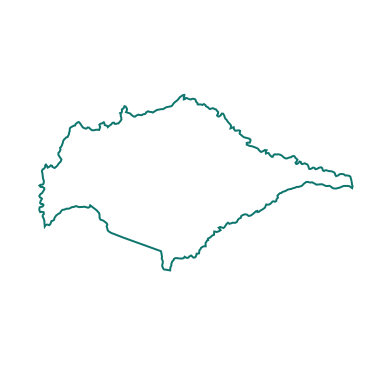 the district of Herval, Rio Grande do Sul, Brazil, rotated 22°
{"feature_id": "56859067B25919241762236", "entity_name": "Herval", "entity_type": "district", "adm_level": 2, "iso_a3": "BRA", "parent_name": "Brazil", "parent_adm1": "Rio Grande do Sul", "projection": "natural_earth1", "projection_center": [-53.366, -32.034], "detail": "fine", "context": "isolated", "style": "outline", "palette": "teal", "viewbox_px": 384, "rotation_deg": 22, "n_neighbors": 0, "source": "geoboundaries", "source_scale": "gbopen_adm2", "svg_char_len": 6010}
<svg xmlns="http://www.w3.org/2000/svg" viewBox="0 0 384 384"><g transform="rotate(22 192 192)"><path d="M265.5,179.1L265.5,175.8L266.7,175.5L267.7,175.0L268.7,174.3L269.5,172.7L270.2,170.7L271.2,170.0L272.5,170.0L273.5,168.9L273.1,167.1L273.8,165.0L272.6,163.5L273.3,161.5L274.0,160.2L275.2,159.4L276.0,157.9L277.3,156.9L278.6,155.7L279.8,154.0L281.5,152.8L283.1,151.8L284.0,150.8L285.6,149.7L287.2,148.0L288.7,147.5L291.2,145.5L291.9,144.3L292.4,142.9L294.0,140.1L295.5,139.3L298.2,138.9L299.7,138.0L303.0,138.3L304.5,138.6L309.6,136.1L311.1,136.1L313.9,136.3L315.2,135.8L317.0,134.8L318.9,135.0L320.8,135.7L322.8,135.4L324.4,134.8L325.6,133.8L327.2,132.7L329.9,130.0L330.8,129.4L334.5,127.9L336.0,127.7L339.0,128.4L338.8,126.7L337.7,125.3L336.9,123.9L335.2,121.2L333.1,118.5L331.8,118.1L329.0,118.7L328.0,119.3L326.7,118.8L325.3,118.8L323.2,119.6L322.2,120.3L321.3,121.9L319.7,123.3L318.3,122.4L317.7,121.4L316.6,120.6L313.8,120.5L310.9,121.4L308.5,121.5L307.4,122.0L306.5,123.1L305.2,122.9L303.8,121.1L302.5,120.7L300.8,121.8L299.0,124.0L297.9,124.6L296.5,123.7L294.9,124.1L294.3,125.2L293.2,126.3L291.9,126.6L289.9,124.2L288.6,123.2L287.3,123.3L285.9,123.1L283.6,124.9L282.4,124.6L281.7,123.4L280.4,123.4L279.9,124.8L279.3,126.2L278.2,127.0L277.0,126.1L277.5,124.6L277.7,122.6L276.5,122.0L275.2,121.7L273.7,120.5L272.5,120.6L271.5,121.5L270.7,122.8L269.5,123.4L268.6,124.2L267.6,125.2L266.2,125.8L264.4,125.6L261.6,124.6L260.1,124.4L259.0,124.5L257.7,124.8L255.9,125.7L254.5,126.1L253.8,127.2L253.7,129.1L252.6,129.5L250.1,128.4L248.4,127.2L247.2,127.7L246.1,128.6L245.3,127.0L245.5,125.4L243.9,125.7L242.4,127.7L241.1,129.0L239.9,128.7L238.6,128.2L237.5,127.4L236.2,127.0L232.4,127.0L230.9,127.1L227.9,127.7L226.7,127.6L225.0,127.6L224.4,125.9L225.6,125.2L227.1,124.6L227.0,122.5L226.4,121.4L224.7,121.1L219.6,121.8L218.2,121.4L214.3,120.1L213.7,117.3L212.5,117.2L209.2,119.0L207.7,118.3L206.4,116.3L203.9,118.5L203.7,116.8L203.1,115.6L201.7,114.8L200.4,114.2L198.9,113.5L197.2,112.2L195.6,111.6L194.4,110.5L193.3,109.1L191.5,107.7L190.2,108.2L189.8,110.5L188.6,112.0L187.5,112.1L186.5,111.5L186.8,109.9L186.3,108.0L184.7,107.3L183.2,106.4L181.5,106.6L180.1,106.4L177.4,108.4L176.3,108.1L175.3,107.6L174.3,107.4L172.9,107.3L171.8,106.4L170.1,106.0L169.0,107.4L167.8,107.5L166.6,107.7L165.5,108.4L164.4,108.6L163.6,107.4L161.9,106.7L161.0,105.4L159.9,104.9L158.7,104.9L157.5,105.4L156.3,106.6L154.5,107.0L152.8,106.9L151.2,107.0L150.8,108.3L149.7,109.2L149.1,107.8L148.9,106.6L148.5,104.9L147.3,105.6L145.2,108.7L144.7,110.6L144.0,112.5L142.5,115.1L141.7,116.8L141.3,119.2L140.4,120.4L136.6,122.9L135.3,124.4L134.2,126.0L132.8,126.5L128.7,129.1L125.9,133.0L124.5,133.0L122.6,133.6L121.0,133.6L119.9,135.0L119.3,137.2L117.6,138.2L116.7,139.5L114.9,140.2L113.3,140.4L112.0,141.7L110.8,143.6L109.8,143.8L108.5,143.6L106.9,143.2L105.8,142.5L104.6,142.4L100.9,142.7L101.0,141.0L100.7,139.4L99.7,138.5L98.4,137.6L97.2,137.8L97.2,140.1L96.0,141.7L96.8,143.3L97.0,144.8L95.8,145.8L96.8,146.6L97.5,148.3L98.6,149.5L99.4,151.3L99.1,152.9L98.1,155.9L96.9,156.6L96.0,157.3L94.7,157.8L93.7,156.9L92.4,157.6L91.6,160.0L90.4,161.6L89.7,163.4L88.6,162.5L86.0,162.6L85.1,161.2L84.1,160.4L82.9,162.1L81.5,163.0L80.9,164.4L82.5,166.1L82.7,169.2L81.2,169.6L79.6,170.3L78.4,171.2L77.0,171.9L75.9,172.2L74.6,171.8L72.3,170.9L71.0,171.3L70.4,172.7L68.8,173.2L66.7,173.0L65.3,172.2L62.4,170.2L60.8,169.5L59.8,170.4L58.6,172.8L58.7,174.1L57.7,174.7L55.9,176.8L55.0,178.2L55.1,179.8L55.8,181.3L55.8,182.9L56.3,184.7L56.1,186.3L56.1,187.6L55.0,188.4L53.6,191.7L53.5,193.3L53.8,195.0L53.9,197.3L53.8,198.9L53.1,200.5L54.2,202.0L54.2,203.9L53.5,205.9L54.2,207.6L57.4,209.9L58.7,210.6L58.9,212.2L58.7,213.5L58.1,214.6L57.6,216.1L57.3,217.9L56.6,219.5L55.6,221.2L53.1,221.0L52.4,220.1L51.1,220.2L50.6,221.5L49.9,222.5L49.1,223.4L47.9,222.2L46.3,221.3L45.9,222.5L46.6,223.9L46.0,225.8L45.0,227.1L45.0,228.9L46.0,230.2L48.9,235.4L50.3,236.9L51.1,238.9L51.1,240.5L50.3,241.4L49.0,241.9L48.1,243.2L49.7,244.0L51.5,243.4L53.5,243.7L54.1,245.0L53.4,249.1L52.3,250.7L51.9,252.9L53.0,253.9L54.3,254.0L55.4,254.5L55.0,257.4L55.3,259.1L56.7,259.7L58.0,259.1L59.2,259.7L59.0,261.3L56.5,263.2L56.8,265.1L57.7,266.5L58.8,267.5L60.3,266.6L62.0,266.3L62.9,267.9L62.3,269.2L62.7,270.6L64.8,272.6L65.9,274.0L66.6,275.6L68.4,279.1L68.7,277.6L69.5,276.7L70.5,276.3L72.1,276.2L72.7,274.7L72.6,273.2L72.6,271.6L73.6,270.9L74.6,269.3L74.2,267.6L74.9,264.6L76.4,262.1L77.4,261.2L77.7,259.6L78.0,258.2L78.7,257.0L80.0,256.3L82.3,254.2L83.8,253.8L85.1,252.6L86.1,251.2L87.9,250.2L89.9,248.4L91.4,248.5L93.3,248.2L95.0,247.3L96.2,246.9L97.4,246.0L101.5,245.5L102.7,244.4L102.6,242.5L110.5,244.7L112.0,245.5L113.5,246.2L114.6,247.4L115.7,250.0L116.6,251.3L117.6,251.9L119.1,251.8L120.7,251.8L124.7,253.0L125.8,254.2L125.7,255.8L126.6,257.0L127.4,257.8L128.2,259.2L130.2,259.9L132.6,260.2L145.7,260.0L185.3,258.5L186.2,259.6L188.5,263.4L188.9,265.2L189.9,266.0L190.7,266.9L191.4,268.5L191.7,270.4L192.0,271.7L194.0,273.8L195.2,274.3L196.8,273.8L201.1,272.9L200.2,269.9L200.4,268.1L199.8,266.3L199.7,263.9L200.4,262.2L200.3,260.9L201.3,259.6L203.0,258.9L204.6,258.5L207.1,257.7L208.1,257.2L209.2,256.1L209.4,254.8L211.1,255.0L212.2,255.0L213.2,254.2L213.7,252.7L215.1,251.2L216.5,251.8L217.9,252.3L219.2,251.6L219.7,250.5L219.7,249.0L219.4,247.4L220.5,247.0L221.5,246.2L220.7,243.3L221.3,241.9L221.2,240.6L222.5,238.6L223.5,237.8L225.0,237.3L223.7,234.3L224.0,232.9L224.1,231.3L225.0,230.6L224.3,229.3L226.2,226.8L227.1,224.7L228.5,223.4L227.9,221.9L227.4,220.3L228.6,220.0L229.7,219.9L230.8,219.1L231.8,218.1L232.8,216.7L230.1,215.1L231.2,213.9L234.6,213.6L235.3,212.5L236.0,208.7L236.9,207.0L238.5,207.5L240.0,206.4L241.3,205.2L243.6,204.4L244.8,203.0L244.9,201.4L245.1,200.1L245.7,199.0L246.9,197.7L246.7,195.7L247.7,194.4L248.5,193.6L249.7,192.7L251.5,192.4L253.4,193.0L255.2,191.9L256.2,190.5L257.8,187.5L258.3,186.2L259.6,185.1L260.2,186.1L261.5,185.2L262.4,183.6L263.4,182.4L264.6,180.7L265.5,179.1Z" fill="none" stroke="#0f766e" stroke-width="2"/></g></svg>